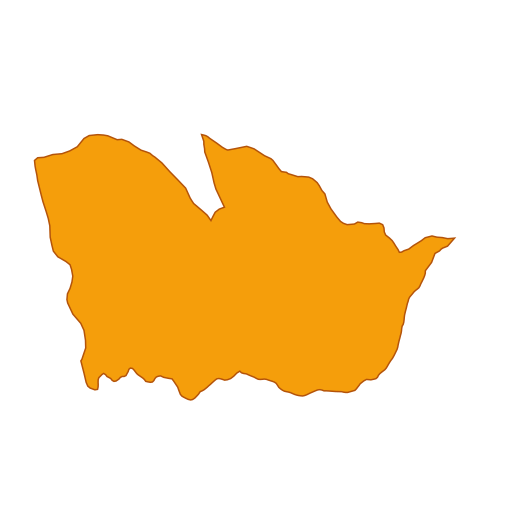 Rangthangling, Chirang, Bhutan, rotated 348°
{"feature_id": "84629894B33629251386681", "entity_name": "Rangthangling", "entity_type": "district", "adm_level": 2, "iso_a3": "BTN", "parent_name": "Bhutan", "parent_adm1": "Chirang", "projection": "equal_earth", "projection_center": [90.106, 26.982], "detail": "fine", "context": "isolated", "style": "filled", "palette": "amber", "viewbox_px": 512, "rotation_deg": 348, "n_neighbors": 0, "source": "geoboundaries", "source_scale": "gbopen_adm2", "svg_char_len": 4288}
<svg xmlns="http://www.w3.org/2000/svg" viewBox="0 0 512 512"><g transform="rotate(348 256 256)"><path d="M70.6,353.4L73.3,353.5L74.3,351.3L74.9,349.0L75.3,346.6L75.9,344.2L77.0,342.3L78.9,341.1L80.7,339.9L82.6,339.2L84.2,340.8L85.2,342.9L86.8,344.2L88.4,345.6L89.5,347.8L91.0,349.1L93.1,349.2L96.3,347.9L98.0,346.6L100.0,346.0L102.0,346.4L104.0,345.9L105.4,344.2L106.9,342.5L108.1,340.4L109.8,339.5L111.8,340.3L113.0,342.2L114.9,346.2L116.0,347.7L117.9,349.7L119.8,351.7L121.1,353.5L122.1,355.7L124.0,356.6L126.5,357.6L128.5,357.7L130.2,356.6L131.7,354.8L133.4,353.6L135.4,353.3L137.7,353.4L140.5,355.5L145.1,357.5L148.3,358.7L149.5,361.3L152.2,368.1L152.5,370.7L152.9,373.3L153.3,375.7L154.5,377.8L156.1,379.2L157.8,380.6L159.8,382.1L162.1,383.2L164.1,383.2L166.5,382.3L168.9,380.7L171.0,379.2L173.2,377.1L175.2,376.7L177.2,376.1L179.1,375.2L181.0,374.2L182.8,373.1L184.7,372.1L186.5,371.0L188.4,369.9L190.2,368.9L192.1,368.0L194.2,368.1L196.1,368.9L197.9,369.9L199.5,370.9L202.3,371.1L205.7,370.6L209.3,368.9L212.9,366.5L216.2,365.3L217.5,367.2L219.4,368.3L222.1,369.3L223.8,370.6L225.5,371.8L227.3,373.0L229.1,374.2L230.8,375.7L232.5,377.0L234.4,377.6L236.5,377.9L238.5,378.1L240.5,378.8L242.3,379.9L244.2,381.0L246.0,382.0L247.8,383.2L249.3,384.8L250.2,387.0L251.0,389.2L252.4,391.1L253.9,392.7L255.6,394.1L257.5,395.0L259.4,395.8L261.3,396.8L263.1,398.1L264.8,399.3L266.7,400.4L268.6,401.3L270.5,402.0L272.5,402.6L274.5,402.6L276.6,402.3L278.6,401.8L280.6,401.3L282.6,400.9L284.6,400.5L286.6,400.1L288.6,399.8L290.7,400.0L292.6,400.8L294.4,402.0L296.7,402.5L298.9,403.1L305.7,405.1L311.5,406.5L313.4,407.4L315.3,408.1L317.3,408.5L324.8,408.0L326.6,406.8L328.2,405.4L329.9,404.0L331.4,402.6L335.4,400.6L338.4,399.7L342.6,401.0L345.7,401.0L347.8,400.9L349.6,399.9L351.0,398.1L352.7,396.8L354.6,395.8L356.5,394.9L358.4,394.0L360.1,392.7L361.6,391.1L363.1,389.4L364.6,387.8L366.2,386.2L368.1,384.6L370.3,382.1L371.8,380.2L373.2,378.4L374.6,376.6L375.7,374.6L376.6,372.4L377.6,370.2L378.6,368.1L379.7,366.0L380.7,363.9L381.8,361.8L382.7,359.6L383.4,357.3L384.3,355.1L385.8,353.4L386.8,351.4L387.6,349.1L388.3,346.8L389.1,344.5L390.1,342.4L391.1,340.3L392.2,338.2L393.2,336.0L394.2,333.9L395.4,331.9L396.4,329.8L397.8,328.1L399.6,326.7L401.3,325.4L403.0,324.0L404.8,322.9L406.7,322.0L408.6,321.0L410.1,319.4L411.4,317.5L412.8,315.8L414.2,314.0L415.6,312.2L416.9,310.2L418.0,308.1L418.6,305.6L426.4,298.8L431.6,290.7L436.5,289.2L438.5,287.8L440.2,287.1L445.4,286.2L453.9,279.8L449.9,279.3L447.1,278.9L442.0,276.7L436.9,275.2L432.3,273.0L425.3,273.3L420.9,275.4L416.2,277.1L412.2,278.5L406.8,281.0L401.9,281.6L399.0,282.5L397.0,282.2L396.2,279.1L394.7,275.4L393.6,272.2L392.4,269.3L390.3,266.2L387.2,262.5L386.5,259.2L387.0,255.1L386.4,251.7L383.5,249.5L379.4,249.0L373.4,248.1L368.7,246.9L366.3,245.4L362.6,244.0L358.9,245.2L351.7,244.3L348.3,242.2L345.9,239.8L343.2,234.8L339.1,225.5L336.9,218.1L336.3,209.6L334.1,205.7L332.5,200.4L331.1,197.0L329.6,195.0L327.4,192.2L324.0,189.8L320.8,188.8L317.1,187.7L313.4,187.1L307.4,183.7L304.6,182.2L303.2,180.5L300.2,179.4L298.4,178.7L296.5,175.2L295.2,172.2L292.4,166.0L290.8,163.9L285.2,159.7L276.4,150.8L273.3,148.9L269.7,146.8L257.9,146.7L250.4,146.5L248.8,145.5L245.7,142.7L241.1,137.5L235.1,131.2L233.7,129.4L232.0,127.9L230.1,126.9L228.0,125.9L228.8,133.0L228.2,136.0L228.0,140.4L227.5,143.6L229.0,154.5L230.1,165.2L230.2,175.8L230.7,182.1L232.8,191.1L234.2,197.2L235.3,201.7L229.8,202.5L225.2,204.7L222.1,208.4L219.3,212.0L216.7,205.9L212.1,199.7L205.9,191.7L204.5,188.1L203.6,185.5L201.3,175.0L197.6,169.0L194.9,164.6L189.2,155.6L183.3,145.4L177.7,138.3L175.8,136.4L173.5,133.4L170.4,131.4L165.6,128.6L159.9,123.1L155.4,118.0L149.0,114.0L144.4,113.4L140.2,110.5L136.0,107.6L132.0,106.0L126.4,104.4L117.9,103.5L112.2,105.3L103.9,112.0L95.6,114.5L87.5,115.6L78.3,114.5L69.1,115.4L62.9,114.5L59.2,116.5L58.6,122.2L58.5,125.4L58.5,131.0L58.1,136.9L58.6,152.0L58.9,158.5L60.0,168.8L60.6,176.0L60.6,183.6L58.6,194.9L58.6,202.9L58.8,209.1L62.0,215.6L68.9,221.8L72.3,225.9L72.8,230.8L72.6,237.6L70.6,243.1L67.4,249.0L63.7,253.8L62.0,259.3L62.0,262.8L64.8,274.8L70.6,285.4L72.3,293.0L71.7,303.0L70.3,310.6L64.2,320.9L62.9,322.2L63.4,334.5L63.6,344.3L64.4,348.3L66.3,350.7L70.6,353.4Z" fill="#f59e0b" stroke="#b45309" stroke-width="1.5"/></g></svg>